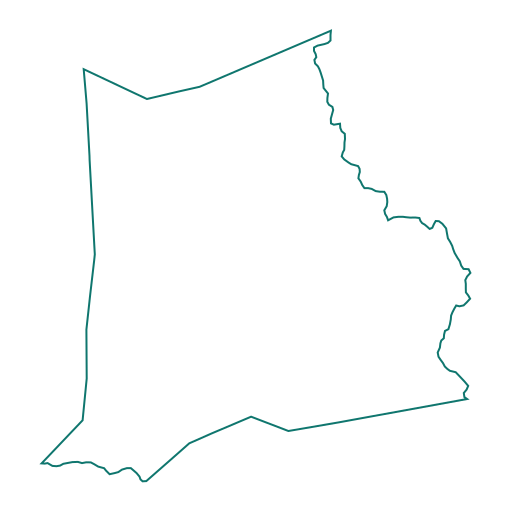 Boquira, Bahia, Brazil
{"feature_id": "56859067B56543556798055", "entity_name": "Boquira", "entity_type": "district", "adm_level": 2, "iso_a3": "BRA", "parent_name": "Brazil", "parent_adm1": "Bahia", "projection": "orthographic", "projection_center": [-42.646, -12.726], "detail": "fine", "context": "isolated", "style": "outline", "palette": "teal", "viewbox_px": 512, "rotation_deg": 0, "n_neighbors": 0, "source": "geoboundaries", "source_scale": "gbopen_adm2", "svg_char_len": 2284}
<svg xmlns="http://www.w3.org/2000/svg" viewBox="0 0 512 512"><path d="M450.1,241.8L447.9,238.3L447.0,233.5L446.1,228.4L442.4,223.8L438.9,221.2L435.7,221.0L434.0,224.0L432.3,227.8L429.6,228.9L427.2,226.7L424.7,224.6L422.1,223.1L420.4,220.8L419.4,218.0L415.2,217.5L410.1,217.6L405.9,217.2L403.0,216.8L398.4,216.8L393.5,217.4L388.1,220.3L386.9,216.9L385.1,213.9L384.3,210.3L386.7,206.2L387.3,202.1L387.1,198.8L386.3,195.0L384.3,191.8L379.7,191.7L375.7,191.1L371.7,188.9L368.0,188.1L364.4,188.1L362.3,185.1L360.7,181.6L358.4,178.3L358.9,175.0L359.8,172.0L359.6,168.9L358.1,166.1L354.9,165.2L351.2,164.2L348.5,162.5L344.2,159.4L341.7,156.4L342.8,152.4L344.2,149.9L344.4,146.7L344.5,142.4L345.0,139.0L344.8,133.8L341.7,131.3L340.3,128.0L340.0,123.7L333.9,124.7L331.0,123.4L330.8,118.7L331.9,114.7L333.2,110.0L332.4,106.9L328.9,104.7L327.3,101.8L327.4,98.0L328.0,93.5L325.5,90.4L323.6,88.0L323.3,84.5L323.1,80.5L321.7,76.0L320.6,72.5L319.4,69.2L317.9,66.3L315.1,63.5L314.4,59.9L316.3,57.2L315.7,54.2L314.0,50.9L314.0,47.5L317.6,45.6L324.3,44.1L327.9,42.9L330.5,40.5L330.5,35.0L330.9,30.7L199.6,86.8L179.1,91.4L146.9,99.0L83.7,69.2L86.6,103.5L89.5,156.0L89.6,159.9L92.6,214.5L94.8,254.4L94.2,260.2L90.1,295.5L86.4,329.6L86.7,378.6L82.6,420.3L41.6,463.4L44.7,463.6L47.6,463.1L52.4,465.9L56.5,466.2L60.1,465.6L63.3,463.8L72.4,462.1L77.9,461.9L82.0,463.1L86.2,462.3L90.8,462.4L94.2,464.2L98.2,466.6L101.1,467.4L104.1,468.2L106.0,470.6L109.6,474.2L114.6,473.1L118.3,472.1L122.0,469.6L127.0,468.1L130.8,468.1L133.5,470.4L136.6,473.1L139.5,476.6L140.5,479.4L142.6,481.3L146.3,481.1L168.2,461.9L189.3,443.3L211.5,433.5L251.1,416.7L288.4,431.0L338.6,422.4L353.9,419.6L467.1,399.0L464.4,397.1L463.8,393.0L466.6,389.6L468.2,385.9L464.6,381.6L459.8,376.5L455.7,372.2L449.9,370.8L447.3,368.9L444.8,366.5L443.0,363.1L440.5,359.7L438.5,356.7L437.7,352.5L439.9,347.6L440.4,343.3L441.3,340.5L443.8,338.3L444.1,334.5L445.0,330.9L448.4,329.2L449.9,324.3L450.8,319.4L451.1,315.6L452.4,312.4L454.4,308.5L456.2,305.5L459.4,306.3L463.6,305.4L466.8,302.3L470.1,298.7L468.3,295.5L465.9,292.4L465.8,288.8L465.8,283.9L465.3,280.1L467.1,276.5L470.4,272.9L468.6,269.2L463.5,268.9L461.2,265.6L459.8,261.3L457.5,257.9L454.6,252.9L453.1,248.9L452.2,245.9L450.1,241.8Z" fill="none" stroke="#0f766e" stroke-width="2"/></svg>